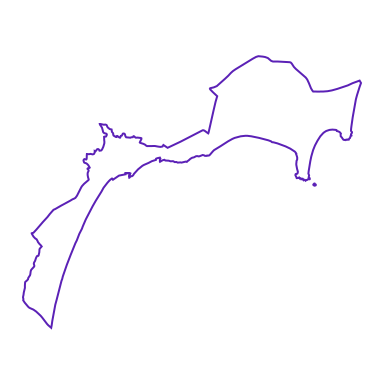 Phan Thiet, Bình Thuận, Vietnam (Robinson projection)
{"feature_id": "81297802B56109009945364", "entity_name": "Phan Thiet", "entity_type": "district", "adm_level": 2, "iso_a3": "VNM", "parent_name": "Vietnam", "parent_adm1": "Bình Thuận", "projection": "robinson", "projection_center": [108.172, 10.903], "detail": "fine", "context": "isolated", "style": "outline", "palette": "violet", "viewbox_px": 384, "rotation_deg": 0, "n_neighbors": 0, "source": "geoboundaries", "source_scale": "gbopen_adm2", "svg_char_len": 5911}
<svg xmlns="http://www.w3.org/2000/svg" viewBox="0 0 384 384"><path d="M262.7,56.6L258.4,56.2L256.1,56.9L252.8,58.7L235.5,69.3L232.9,71.1L231.0,72.8L228.1,75.9L225.0,78.8L216.8,86.1L213.7,87.4L210.2,88.2L209.9,88.8L210.3,89.5L212.9,92.2L217.2,96.2L215.6,101.7L213.5,110.7L208.5,132.9L208.2,133.4L204.4,130.6L203.1,130.2L202.6,130.3L180.5,141.7L167.6,147.8L163.4,145.0L162.5,146.5L160.5,146.9L158.2,146.6L154.9,146.0L147.1,146.1L146.1,145.6L145.1,144.7L143.5,143.9L140.1,142.8L139.8,142.5L139.9,142.1L141.4,139.1L141.4,138.3L140.9,138.0L137.6,137.6L136.4,137.7L135.5,137.6L134.2,136.4L133.8,136.2L133.5,136.2L132.8,137.2L131.2,137.3L130.4,137.7L126.2,137.3L126.1,137.2L125.5,136.4L124.9,134.3L124.4,133.7L123.6,133.5L122.8,133.7L122.3,134.8L121.8,135.6L120.8,135.9L120.2,137.6L119.5,137.6L118.3,136.7L117.3,136.0L116.7,136.1L116.6,136.7L116.5,137.0L115.7,136.9L113.6,135.6L113.2,134.7L113.3,134.3L113.1,133.3L111.9,131.8L111.6,129.5L109.6,129.0L108.7,128.2L107.9,127.6L107.3,126.7L106.8,125.4L106.5,125.0L105.6,124.6L103.6,124.7L100.5,124.0L99.8,124.0L99.9,124.5L100.2,125.0L101.0,126.1L102.0,127.7L102.8,130.6L103.1,131.9L103.4,132.4L104.2,133.1L106.3,133.7L106.6,134.0L106.8,134.3L106.7,135.2L106.1,136.4L105.8,136.6L104.6,136.6L104.1,136.8L104.2,140.2L104.4,141.9L104.3,143.4L103.3,146.8L102.0,149.6L101.5,150.1L101.1,150.5L99.5,150.7L99.1,149.8L98.6,149.3L98.3,149.1L97.4,149.1L97.0,149.4L95.5,151.3L95.0,151.3L94.7,151.1L94.7,152.5L94.4,153.1L94.0,153.9L93.1,154.3L92.8,154.4L90.5,153.9L88.9,154.2L87.1,154.0L86.9,154.0L86.8,155.1L86.7,158.3L86.5,159.2L86.2,159.5L84.4,159.1L84.1,159.3L83.6,160.0L83.5,160.4L83.7,161.3L84.1,162.4L84.4,162.7L86.4,163.4L87.3,164.1L88.3,165.2L89.7,167.6L89.5,167.9L87.8,168.3L87.5,168.7L87.5,168.9L88.3,169.7L88.6,170.4L88.5,171.1L87.8,172.5L87.6,173.9L87.7,175.5L88.1,177.5L88.6,179.0L88.7,179.7L88.2,180.3L84.1,183.8L82.1,186.0L81.3,187.2L77.0,195.7L75.4,197.9L74.0,198.7L72.5,199.3L70.4,200.6L61.0,205.7L55.1,209.1L53.5,209.8L49.9,213.9L47.5,217.0L42.9,222.0L36.2,229.8L33.5,232.7L32.8,233.0L32.2,233.0L31.7,233.3L31.9,233.9L33.5,236.6L35.2,238.4L36.6,239.3L37.5,240.9L38.0,242.1L39.5,244.0L41.0,245.5L41.7,246.5L40.0,248.4L39.5,249.2L39.3,252.3L38.6,255.3L38.3,255.8L37.2,256.0L36.8,256.4L36.0,258.0L35.1,260.8L34.1,262.5L33.8,263.8L34.3,265.5L34.2,266.5L31.3,269.7L30.7,271.2L30.3,274.3L30.0,275.3L28.3,277.9L28.0,279.3L27.7,279.6L27.3,280.2L25.3,281.9L25.1,282.5L24.9,285.4L24.9,287.9L23.8,292.5L23.5,294.9L23.2,296.2L23.0,297.3L23.4,299.1L23.2,300.3L24.7,302.6L27.7,306.2L28.7,307.3L29.8,308.0L33.4,309.6L36.1,311.5L40.7,315.8L42.3,317.7L47.0,323.9L48.3,325.3L51.2,327.8L51.7,325.2L52.3,320.9L55.3,304.7L56.5,300.3L61.5,280.8L62.2,279.0L62.8,276.5L66.8,264.9L70.7,254.8L75.4,243.2L76.8,240.4L79.3,233.9L82.0,228.6L82.7,226.6L85.8,219.4L92.6,206.3L95.8,200.7L101.4,191.7L103.6,187.7L107.4,182.8L108.9,181.1L110.3,179.7L112.0,178.5L112.4,178.7L113.0,179.7L119.0,175.6L125.5,174.3L125.2,173.4L125.2,173.1L125.4,173.0L126.9,173.0L127.0,173.2L127.7,173.3L127.7,173.0L129.5,173.0L130.0,173.2L130.4,173.4L129.7,175.1L129.3,175.0L129.0,175.9L129.0,176.5L129.3,177.7L129.5,177.6L130.4,176.6L131.3,176.2L131.9,176.2L132.7,175.7L133.2,175.2L134.0,173.8L138.1,169.3L142.4,165.8L144.0,164.9L148.6,162.9L151.8,161.2L155.9,159.9L155.9,159.1L156.1,158.7L157.3,158.2L159.9,157.6L160.4,158.7L159.9,159.3L159.9,161.6L160.0,161.8L161.8,160.7L163.1,160.1L164.5,159.8L165.3,160.5L168.8,160.7L170.5,161.3L173.1,161.2L174.8,162.1L176.4,162.0L177.7,162.6L180.4,162.4L181.5,162.6L185.7,161.6L186.8,161.9L187.1,161.4L188.5,160.5L190.4,158.8L192.0,157.8L192.7,157.6L193.8,157.4L196.1,156.2L197.4,156.1L198.6,156.4L199.4,156.3L202.7,155.0L204.0,155.3L204.8,155.8L205.4,155.9L206.4,155.7L206.6,155.9L206.9,155.9L207.2,155.6L207.8,155.5L208.8,155.6L209.8,154.9L212.9,151.3L214.1,150.1L220.5,146.2L228.1,141.3L232.4,138.9L234.7,137.9L240.7,136.3L245.3,135.8L247.3,135.8L251.3,136.3L259.1,137.9L268.3,140.3L271.0,141.3L271.9,142.1L272.2,142.2L273.4,142.3L277.5,143.4L285.6,146.4L290.2,148.6L294.8,151.6L295.6,152.5L296.1,153.3L295.9,153.4L295.9,153.6L296.4,154.7L297.2,157.4L297.2,159.2L297.1,159.7L296.5,161.0L296.5,161.8L296.3,163.5L296.3,164.8L297.1,169.1L297.4,170.0L297.9,171.9L297.5,173.4L296.6,174.0L296.2,173.9L295.7,174.1L295.5,174.5L295.4,175.1L295.5,175.5L295.9,176.2L296.0,176.6L296.3,176.9L296.7,178.1L298.4,178.0L299.1,177.5L299.4,177.9L299.6,177.8L300.0,178.0L300.2,178.7L300.4,178.6L300.5,178.4L300.8,178.4L301.0,178.5L301.2,178.9L301.6,178.8L301.6,179.2L302.8,178.9L303.0,179.2L303.5,179.4L303.3,179.9L303.4,180.2L303.7,180.4L304.3,180.1L305.7,180.1L305.9,180.0L306.0,180.1L306.0,180.4L306.5,180.1L307.4,179.8L308.1,179.1L309.3,179.3L309.7,179.2L309.8,179.0L309.7,178.2L309.3,177.9L309.0,177.3L308.7,177.2L309.1,175.3L308.4,173.6L308.7,171.0L310.3,161.2L311.3,156.4L313.1,150.1L315.0,145.4L317.5,140.7L320.3,136.3L323.1,133.2L324.3,132.2L326.2,131.0L329.5,129.9L332.4,129.6L335.8,129.9L336.5,130.1L336.8,131.0L338.3,131.4L339.5,132.0L340.4,132.9L340.9,133.7L340.6,134.2L340.7,136.2L342.1,137.8L342.4,138.4L343.4,139.7L344.4,140.0L345.3,139.8L345.8,140.1L346.6,139.6L347.0,139.7L347.3,139.5L347.8,139.7L348.0,139.6L348.3,139.7L348.7,139.6L348.8,139.6L349.1,138.8L349.2,138.7L349.5,138.3L350.0,138.0L350.2,137.2L350.5,136.7L350.5,136.3L350.6,136.0L351.4,135.6L351.0,134.9L351.0,134.2L351.5,133.7L352.0,132.5L352.0,132.1L351.4,131.5L351.0,130.8L351.1,128.8L351.4,126.4L352.7,117.3L355.9,99.3L357.0,95.2L359.5,87.2L361.0,83.0L359.6,80.6L352.5,83.2L347.8,85.4L337.3,88.9L331.9,90.4L327.6,91.2L323.6,91.5L318.2,91.6L313.1,91.5L312.3,90.5L311.0,88.3L308.9,83.1L307.2,79.5L305.7,77.5L295.8,68.9L293.9,66.9L291.7,63.5L290.7,62.5L289.7,62.2L277.2,61.5L272.9,61.5L271.2,60.9L267.8,58.0L265.0,57.0L262.7,56.6ZM314.8,185.7L315.7,185.3L315.8,184.7L315.5,184.3L314.9,184.1L314.6,183.5L314.3,183.5L313.5,184.3L313.3,184.8L314.2,185.6L314.8,185.7Z" fill="none" stroke="#5b21b6" stroke-width="2"/></svg>